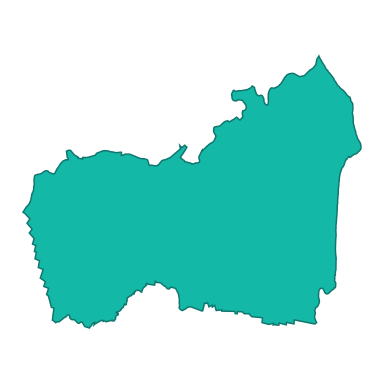 the district of Ursulo Galván, Veracruz, Mexico
{"feature_id": "50627088B70821360053618", "entity_name": "Ursulo Galván", "entity_type": "district", "adm_level": 2, "iso_a3": "MEX", "parent_name": "Mexico", "parent_adm1": "Veracruz", "projection": "equal_earth", "projection_center": [-96.381, 19.446], "detail": "fine", "context": "isolated", "style": "filled", "palette": "teal", "viewbox_px": 384, "rotation_deg": 0, "n_neighbors": 0, "source": "geoboundaries", "source_scale": "gbopen_adm2", "svg_char_len": 5948}
<svg xmlns="http://www.w3.org/2000/svg" viewBox="0 0 384 384"><path d="M23.0,212.2L25.1,213.6L29.9,218.9L27.0,223.2L32.1,229.1L29.3,233.0L34.1,238.5L32.5,244.2L35.8,245.4L34.4,251.6L36.4,252.2L35.0,258.8L39.5,260.7L38.3,267.5L43.1,269.5L40.3,278.1L45.3,281.6L43.8,286.5L48.6,288.3L46.6,294.5L48.5,296.2L51.4,307.4L53.9,308.0L52.4,320.2L54.0,321.1L55.6,322.7L56.7,322.0L59.3,321.7L64.3,317.6L65.7,317.0L66.9,315.7L68.2,314.8L68.9,314.9L69.6,316.3L70.0,318.2L71.2,319.4L72.9,319.8L73.7,319.5L74.6,319.9L77.9,323.1L79.1,323.3L81.2,321.9L82.4,322.5L84.7,326.5L89.4,328.0L89.9,327.4L90.3,326.4L91.6,325.5L91.9,324.3L93.3,322.8L94.5,322.4L94.0,324.9L94.7,324.2L97.4,322.6L101.8,320.2L102.8,320.4L103.1,321.4L103.6,321.2L103.7,320.9L105.2,321.1L106.0,321.8L112.1,320.2L112.2,320.9L114.1,320.9L115.5,319.0L115.7,316.6L116.5,315.6L118.1,314.8L118.2,313.6L116.8,313.3L116.2,312.3L116.5,311.9L117.7,312.1L119.9,310.8L121.1,309.7L121.4,308.7L122.2,308.3L123.3,307.1L124.4,304.2L125.3,304.8L126.1,304.7L126.4,304.2L126.4,302.6L127.1,300.9L127.2,299.8L127.0,298.2L130.1,295.9L131.0,295.9L131.3,295.5L131.5,294.7L132.8,294.6L133.1,294.2L133.3,293.4L134.2,293.7L134.3,292.6L134.0,292.3L134.3,291.9L134.9,292.0L135.7,290.6L138.4,290.3L138.9,290.5L139.5,290.5L140.1,290.9L140.3,291.5L141.6,292.2L143.0,288.3L146.3,285.3L146.0,284.8L146.2,283.8L147.0,283.3L147.4,284.1L154.6,285.1L155.3,281.4L156.4,282.4L159.9,282.7L161.3,283.3L161.5,283.7L164.1,285.8L165.9,286.9L167.0,288.5L169.2,289.0L170.1,287.7L171.3,287.3L172.7,287.5L175.2,288.3L175.9,288.9L178.5,294.0L179.4,299.8L179.2,302.5L179.6,305.3L179.1,307.6L179.5,308.7L181.2,310.1L182.0,310.5L182.4,310.2L182.7,310.4L185.8,308.8L187.9,307.1L189.6,307.0L190.3,306.6L201.9,311.0L202.7,310.8L204.1,305.2L204.0,304.3L204.5,303.2L204.9,303.2L205.7,303.6L207.6,302.9L209.0,306.9L211.9,305.2L212.3,307.1L214.7,305.3L216.2,310.5L221.8,309.9L221.8,311.1L234.8,311.4L235.2,313.6L237.2,313.8L237.5,311.6L242.2,311.8L244.3,313.7L248.9,313.7L251.5,316.5L251.9,316.7L262.1,317.7L262.5,318.0L262.0,322.6L267.6,324.1L269.2,324.4L273.4,323.3L273.2,325.0L275.5,324.4L275.8,325.0L278.9,325.1L279.2,323.1L286.3,324.8L286.5,322.4L293.9,323.9L294.4,319.9L314.9,324.0L316.6,322.6L315.6,320.5L314.5,317.1L314.7,315.6L315.3,313.6L315.3,312.2L314.7,310.8L315.1,309.3L316.0,307.4L317.4,306.7L318.2,305.3L319.4,302.2L319.3,300.2L318.6,297.6L318.5,295.7L318.7,292.0L319.2,289.9L320.3,288.7L321.3,288.2L322.1,288.2L322.9,288.8L324.0,290.5L324.7,292.5L325.5,293.4L326.7,293.9L327.9,293.7L329.1,292.9L331.6,290.4L333.6,289.1L334.2,287.9L334.8,288.0L335.5,287.2L335.8,283.2L334.6,280.8L334.9,277.4L334.5,275.7L335.3,275.3L335.4,271.6L335.9,270.1L336.0,262.8L335.9,262.8L336.2,258.7L335.6,253.5L335.4,248.6L335.8,238.2L336.1,235.5L335.8,229.6L336.1,227.7L335.9,226.7L336.6,219.0L336.4,218.6L336.7,217.5L337.0,213.7L337.3,205.3L337.7,202.7L337.6,200.4L337.9,197.7L338.0,195.0L338.3,194.1L338.2,193.5L338.4,188.2L338.9,184.4L338.8,183.4L339.3,180.0L339.2,179.3L340.0,173.9L340.2,173.5L340.4,172.3L340.8,171.7L341.4,169.4L342.3,167.6L343.2,166.6L343.8,165.5L345.2,161.3L346.4,159.4L346.7,159.4L347.8,157.6L348.9,156.5L349.3,157.1L349.9,157.4L350.7,156.7L351.2,156.7L352.1,155.7L352.9,155.3L353.9,154.4L355.6,154.0L356.7,153.5L360.5,149.7L360.8,148.7L361.0,147.6L360.6,144.0L360.2,142.9L357.4,138.2L356.9,136.0L355.9,134.2L355.7,131.7L354.6,128.6L354.1,126.1L353.3,123.5L353.1,116.6L352.4,113.8L352.4,112.4L352.9,109.6L352.8,104.4L352.4,103.0L351.5,102.0L350.7,100.6L350.7,99.6L350.0,97.2L349.2,97.0L347.2,95.3L345.3,92.6L343.1,90.3L341.6,89.3L341.0,88.5L340.0,87.9L339.0,86.4L338.2,86.0L337.2,84.6L336.0,82.4L334.7,80.7L333.7,78.5L330.4,74.1L328.0,71.4L327.7,70.4L326.2,69.2L324.7,66.2L321.8,61.7L321.5,60.9L319.4,57.4L318.9,56.0L316.9,59.1L315.8,64.7L313.0,68.2L309.8,70.2L304.4,75.6L299.6,76.7L294.2,73.7L292.3,73.3L289.4,73.7L286.9,75.0L284.5,77.8L282.7,81.0L281.0,83.5L278.0,86.4L274.3,88.2L271.3,87.9L270.2,88.9L269.0,91.2L268.3,93.8L268.2,97.3L268.4,101.5L268.1,104.1L267.4,104.8L266.4,105.1L265.3,104.2L264.0,101.6L263.8,98.6L263.1,97.1L262.2,95.7L260.7,95.2L259.4,95.8L258.1,95.6L256.7,94.4L256.0,92.8L254.7,88.9L254.5,87.6L253.4,86.6L252.1,86.0L251.4,87.1L250.7,87.9L247.3,89.6L246.3,89.8L240.6,90.8L238.9,90.6L235.6,91.5L234.2,90.3L233.4,90.4L232.8,91.4L231.5,94.5L232.0,96.6L232.0,98.0L232.7,99.8L234.5,100.8L236.0,100.9L236.9,100.7L237.5,100.0L239.1,99.8L242.4,100.4L245.9,105.2L246.3,107.2L245.8,109.2L245.0,110.2L242.8,110.8L242.3,112.5L242.4,114.3L242.8,117.5L241.4,118.2L240.9,119.3L240.1,120.0L239.4,119.9L238.2,118.5L236.5,117.2L233.5,119.5L232.0,120.2L229.4,121.9L227.7,120.8L226.4,121.0L224.4,121.8L219.8,126.0L215.0,126.9L214.0,127.4L213.6,130.5L213.6,131.4L213.9,132.3L216.0,136.1L214.3,140.4L213.0,142.0L211.8,142.8L210.5,143.3L207.1,146.1L202.6,150.6L202.3,149.9L199.1,156.3L198.9,158.4L199.6,160.3L199.6,161.9L197.7,163.0L195.8,162.9L194.6,163.5L192.1,164.0L192.1,163.8L190.0,162.9L184.8,161.7L184.6,161.0L183.9,160.3L183.2,160.0L180.3,157.4L184.5,151.3L186.9,147.2L184.7,145.2L181.8,147.7L179.8,145.5L180.4,148.9L170.5,157.4L165.2,159.8L164.1,159.9L161.9,160.6L158.6,164.7L157.1,165.6L154.8,165.9L151.5,165.1L149.5,165.5L148.8,164.0L147.6,160.2L147.1,159.6L143.7,158.6L143.5,158.8L140.2,158.5L129.9,154.2L125.0,154.1L123.9,154.8L121.4,155.4L121.5,152.3L121.2,152.2L116.0,152.7L112.4,151.9L110.5,151.8L108.6,151.0L105.9,150.7L103.7,150.7L102.4,151.0L96.4,153.4L96.4,153.8L95.3,155.2L89.3,157.0L86.1,157.6L83.2,157.4L82.6,157.5L82.6,159.0L78.0,158.2L78.3,157.3L74.1,154.7L70.6,150.4L68.5,150.2L66.4,151.2L67.0,154.8L67.2,157.3L68.1,158.2L68.3,159.7L65.7,159.8L62.8,161.2L60.2,164.0L59.0,166.3L57.0,168.9L54.7,173.5L53.2,173.9L50.3,172.9L48.8,172.2L47.9,171.0L46.3,170.7L44.8,171.1L41.5,173.4L39.3,174.2L37.5,174.4L35.7,175.0L34.8,175.6L34.3,177.5L34.0,180.2L34.3,184.6L33.7,186.7L33.7,188.4L33.5,190.3L31.8,194.4L31.0,199.4L30.4,201.2L28.9,204.3L26.1,207.3L23.0,212.2Z" fill="#14b8a6" stroke="#0f766e" stroke-width="1.5"/></svg>